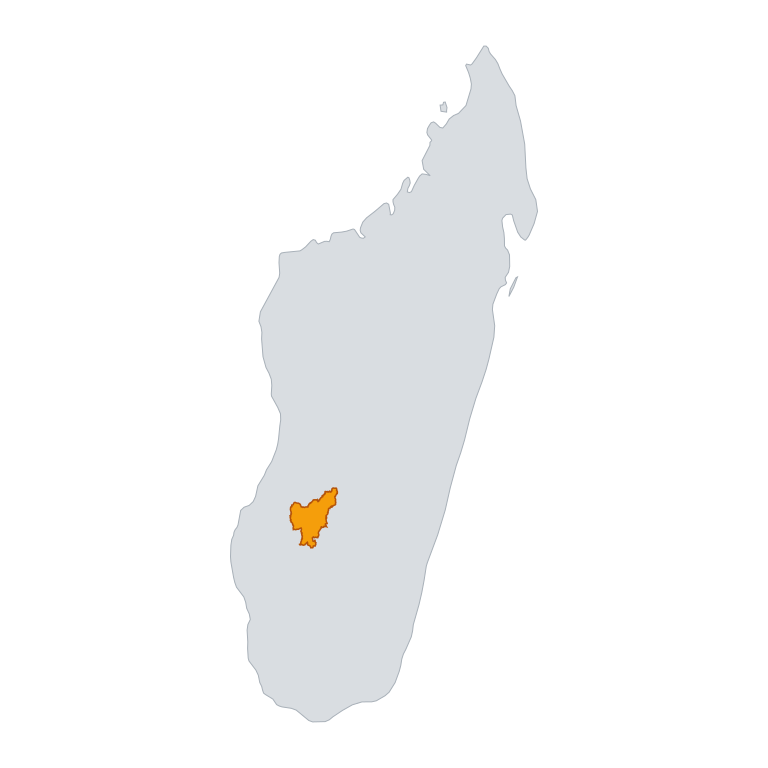 location of Beroroha, Atsimo-Andrefana, Madagascar
{"feature_id": "10022922B39697778193382", "entity_name": "Beroroha", "entity_type": "district", "adm_level": 2, "iso_a3": "MDG", "parent_name": "Madagascar", "parent_adm1": "Atsimo-Andrefana", "projection": "natural_earth1", "projection_center": [45.328, -21.505], "detail": "fine", "context": "in_parent", "style": "filled", "palette": "amber", "viewbox_px": 768, "rotation_deg": 0, "n_neighbors": 0, "source": "geoboundaries", "source_scale": "gbopen_adm2", "svg_char_len": 8958}
<svg xmlns="http://www.w3.org/2000/svg" viewBox="0 0 768 768"><path d="M497.9,63.7L499.9,68.9L502.1,73.9L509.2,86.1L512.3,90.7L514.9,95.7L516.1,105.6L520.5,121.0L524.7,144.1L525.9,167.8L527.1,178.7L530.4,188.9L535.8,199.6L537.5,211.4L534.1,223.6L529.2,235.0L527.9,237.2L525.6,240.1L524.6,240.0L520.8,237.0L517.7,232.2L513.7,220.8L512.3,215.0L510.6,214.1L506.0,214.6L502.6,218.2L501.9,220.5L502.6,226.9L503.9,232.7L504.4,238.6L504.5,246.0L505.7,248.2L507.6,250.1L509.5,254.9L509.7,266.5L508.5,272.3L505.2,277.3L505.4,280.1L506.6,282.9L505.4,284.6L501.0,286.8L499.2,288.7L496.8,293.8L492.9,304.2L492.4,309.5L494.7,325.7L493.9,337.2L488.9,359.1L486.1,369.5L482.0,381.9L475.9,398.3L469.7,418.9L464.5,440.1L460.7,452.8L456.3,465.4L450.3,487.6L445.2,510.1L437.7,534.8L427.4,562.5L426.3,566.1L424.1,580.2L421.8,592.5L419.0,604.6L413.3,624.7L412.6,630.8L411.3,636.8L405.8,649.4L403.4,654.0L401.8,659.0L400.8,665.3L399.2,671.4L395.1,682.6L389.1,692.2L385.1,695.7L376.3,700.8L371.8,701.8L362.0,701.9L352.4,704.8L342.5,710.4L332.9,716.8L329.3,719.8L325.2,721.6L312.6,721.9L308.8,720.5L296.2,710.1L291.3,708.3L282.0,706.9L279.2,706.0L276.6,704.6L272.9,699.1L265.4,694.5L263.6,693.1L262.5,689.9L261.7,686.4L259.8,682.6L258.3,675.2L255.9,670.1L249.0,661.0L248.2,658.1L247.6,648.5L247.8,642.0L247.1,630.1L247.9,624.5L250.3,619.5L249.3,614.0L246.7,608.3L245.7,602.3L243.8,596.9L236.5,587.2L234.8,582.4L233.6,577.4L230.9,562.0L230.5,556.6L230.9,545.2L231.8,539.3L233.6,535.3L234.0,532.2L235.2,529.6L236.9,527.5L238.0,525.0L240.7,510.4L244.1,507.2L249.2,505.4L253.2,501.6L255.6,496.4L257.9,485.8L264.3,475.3L266.5,469.8L271.7,461.5L276.3,449.7L277.7,444.2L278.6,438.5L279.8,426.1L280.7,419.9L280.5,413.8L277.8,407.5L271.5,396.1L271.3,394.0L271.8,385.5L271.3,379.3L269.0,373.2L266.0,367.5L263.0,356.7L261.6,338.9L261.9,332.4L261.0,326.7L258.9,321.3L260.4,311.8L279.1,277.3L279.7,273.2L279.0,262.7L279.3,256.6L280.0,254.3L281.4,253.0L284.7,252.4L299.9,250.9L301.8,249.8L305.6,246.9L310.8,241.3L313.2,239.6L315.3,240.2L316.6,242.6L318.3,244.0L324.5,241.4L326.8,241.3L329.2,241.7L330.3,239.4L331.0,236.3L331.9,234.1L333.6,232.8L341.5,232.1L346.5,231.2L353.1,229.0L354.5,229.5L359.7,237.3L361.3,238.0L363.4,238.3L365.2,236.9L360.9,232.8L360.2,230.4L360.5,227.8L362.8,222.1L366.6,217.8L375.1,211.2L384.0,203.6L386.6,203.0L388.7,204.3L390.4,213.2L390.2,214.7L391.6,214.9L393.2,213.8L394.7,210.2L394.8,207.2L393.6,204.3L393.0,201.8L393.0,199.6L397.5,194.3L401.0,189.2L402.7,183.2L404.1,180.4L407.8,177.2L408.9,177.7L409.8,180.3L410.2,183.0L409.3,185.7L407.9,188.3L407.3,191.9L409.4,192.6L411.4,191.7L414.3,185.3L417.7,179.2L419.6,176.1L422.1,173.9L426.2,174.4L430.2,175.7L423.7,169.3L422.1,160.6L429.9,145.4L430.0,142.3L431.1,141.3L431.7,140.1L427.7,135.0L426.9,132.5L427.5,128.6L429.4,125.2L431.1,122.8L433.6,121.9L435.6,123.2L439.9,127.4L442.8,128.0L446.3,124.0L449.2,119.0L453.6,115.5L458.5,113.4L466.0,105.5L471.0,88.9L471.4,84.0L470.3,78.2L468.6,72.6L465.7,65.6L466.5,64.1L470.6,65.0L472.0,64.0L476.4,57.9L483.8,46.1L486.2,46.1L488.3,48.3L489.1,51.5L490.5,53.9L495.4,59.5L497.9,63.7ZM446.6,110.3L446.6,112.1L441.0,111.3L440.1,105.1L442.9,104.9L443.5,102.3L445.2,102.0L447.0,107.6L446.6,110.3ZM513.7,287.3L508.9,296.5L510.3,288.8L515.9,277.8L517.5,276.9L513.7,287.3Z" fill="#d9dde1" stroke="#a8b0b8" stroke-width="1"/><path d="M337.3,493.5L337.3,493.4L337.2,493.1L337.0,492.9L337.0,492.7L337.4,492.4L337.4,492.0L337.3,491.4L337.1,491.2L337.0,490.7L336.8,490.5L336.6,490.5L336.6,490.3L336.8,489.9L336.7,489.4L336.7,489.1L336.6,488.7L336.3,488.5L336.3,488.2L335.9,488.1L335.7,488.3L334.6,488.2L334.3,488.2L333.9,488.2L333.6,488.0L332.8,488.1L332.0,488.8L332.0,489.4L331.8,489.8L331.7,490.1L331.9,490.6L331.9,490.8L331.2,491.8L330.6,492.1L330.3,492.1L330.1,492.0L330.0,491.7L330.0,491.3L329.8,491.1L329.1,491.4L328.9,491.7L328.5,491.8L328.3,492.0L328.1,491.9L327.9,492.1L327.7,492.0L327.6,491.9L327.2,491.5L326.4,491.9L325.7,491.5L325.2,491.5L325.0,491.8L324.9,492.1L325.1,492.4L325.2,492.8L325.2,493.0L325.2,493.6L324.8,493.7L324.7,493.7L324.5,494.5L324.3,494.6L324.0,494.8L323.9,494.7L323.8,495.0L323.6,495.1L323.4,495.0L323.1,495.1L322.8,495.5L322.5,495.6L322.5,495.8L322.3,495.9L322.6,496.3L322.8,496.4L322.7,496.7L322.1,496.7L322.0,496.9L321.6,497.1L321.5,497.4L321.5,497.5L321.3,497.5L320.8,497.9L320.6,498.1L320.3,498.5L320.1,498.8L320.0,499.0L319.8,499.2L319.8,499.4L319.6,499.4L319.4,499.6L319.6,499.9L319.6,500.0L319.1,500.3L318.8,500.2L318.6,500.4L318.6,500.6L318.8,500.9L318.6,501.4L318.4,501.5L317.9,501.5L317.9,501.0L318.1,500.9L317.8,500.4L317.3,500.5L317.1,500.2L317.2,499.8L317.2,499.6L316.5,500.0L316.0,499.8L315.5,499.9L315.0,499.7L314.6,499.8L314.3,500.0L314.0,499.9L313.4,499.9L313.3,500.3L313.0,500.4L312.6,501.1L311.6,502.1L311.4,502.6L310.6,502.6L310.3,503.3L309.8,503.2L309.6,503.7L308.9,504.1L308.8,504.5L308.8,504.8L308.2,505.5L308.0,506.0L308.0,506.9L307.9,507.0L307.7,507.0L307.1,506.9L306.9,507.0L306.2,506.9L305.8,507.0L305.5,507.0L305.1,507.1L304.7,507.5L303.2,507.0L303.0,507.3L302.8,507.4L302.0,506.9L301.3,507.0L301.2,506.9L301.1,506.4L300.8,506.0L300.6,505.2L300.3,504.8L300.3,504.4L300.1,504.2L298.6,503.2L296.9,503.1L296.0,502.8L295.3,502.4L294.3,502.5L293.6,503.5L293.2,504.6L292.8,504.9L291.7,505.1L291.7,505.4L291.8,505.8L291.9,506.4L291.8,506.6L291.5,506.5L291.3,506.9L291.0,506.8L290.8,507.1L290.6,507.5L290.5,508.4L290.5,509.0L290.4,509.2L290.7,510.9L290.9,511.4L291.1,511.6L291.1,512.3L291.2,512.5L291.1,512.8L291.3,513.1L291.0,513.3L291.1,513.6L291.0,514.0L291.0,514.4L291.1,514.6L290.8,514.8L290.8,515.0L290.7,515.4L290.6,515.8L290.3,515.8L290.5,516.1L290.2,516.4L290.3,516.6L290.6,516.6L290.5,517.3L290.2,517.6L290.4,518.0L290.4,518.8L290.5,519.2L291.0,519.8L290.9,519.9L290.6,520.0L290.4,520.4L290.8,521.1L291.2,521.3L291.0,521.7L291.0,521.9L291.1,522.1L291.3,522.1L291.8,522.5L292.3,523.1L292.5,523.7L292.6,524.3L292.7,524.2L292.8,524.6L293.1,525.0L293.4,525.4L293.5,526.2L293.1,528.0L293.2,528.4L293.2,529.0L293.4,529.2L293.4,529.6L294.4,529.2L294.8,529.5L295.7,529.7L296.1,529.6L296.5,529.3L296.9,529.4L297.4,529.2L298.3,529.3L298.8,529.1L299.1,528.8L300.4,528.2L301.1,528.0L301.2,528.4L301.5,528.9L301.5,529.4L301.3,529.7L301.3,530.1L301.1,530.7L300.9,531.2L301.0,531.7L301.3,531.9L301.4,532.4L301.7,532.6L301.5,532.8L301.5,533.5L301.7,533.8L302.0,533.9L301.8,534.4L301.8,534.9L302.0,535.5L302.3,535.7L302.1,536.2L302.4,536.8L302.3,537.2L302.0,537.8L302.4,538.6L302.4,538.8L302.2,539.1L301.7,539.1L301.6,539.4L301.5,539.7L301.5,540.6L301.4,541.2L300.8,542.1L300.8,542.4L300.9,542.8L300.8,543.3L300.6,543.8L300.1,544.1L299.6,544.3L300.1,545.0L300.6,544.8L301.2,544.6L301.6,544.4L302.3,544.7L302.3,544.9L303.6,545.2L303.8,545.1L304.8,544.8L305.0,544.7L305.2,544.1L305.5,544.0L305.8,543.7L306.9,542.5L307.4,542.2L307.7,543.2L307.6,543.8L307.6,544.1L307.5,544.5L307.9,545.0L308.5,545.3L309.4,545.5L309.7,545.7L310.2,546.1L310.3,546.6L310.6,547.0L310.7,547.6L310.8,547.8L311.1,547.7L311.9,547.8L312.8,547.7L313.1,547.0L313.2,546.3L313.3,546.0L314.0,545.9L315.1,546.0L315.1,545.7L315.7,544.8L315.6,544.6L315.8,544.1L315.7,542.9L315.8,542.8L315.6,542.7L315.4,542.1L315.2,541.9L315.0,540.3L314.8,540.3L314.5,540.8L314.3,541.3L314.2,541.4L313.8,541.2L313.4,541.3L312.9,541.1L312.7,539.7L312.4,538.5L312.3,538.0L312.4,537.7L313.4,536.9L313.7,537.1L313.7,537.4L314.1,537.7L314.4,537.7L314.8,537.4L315.2,537.4L315.7,537.1L316.0,537.2L316.2,537.5L316.8,537.5L317.2,537.6L317.5,537.7L317.8,537.6L317.7,537.3L317.7,537.1L317.7,536.8L317.9,536.6L318.2,536.5L318.5,535.8L318.7,535.7L318.8,534.2L318.3,533.2L318.5,532.3L318.6,531.9L319.2,530.9L319.7,530.3L320.3,529.2L321.0,528.4L321.2,527.8L321.1,527.4L321.0,527.2L321.3,526.9L321.5,526.8L322.0,527.3L322.0,527.5L322.3,527.4L322.7,527.3L323.3,527.3L323.7,526.9L323.7,526.5L324.2,526.2L324.8,526.7L325.2,526.5L326.1,526.5L326.6,526.7L326.1,525.8L326.1,525.5L325.9,525.2L325.6,525.0L325.6,524.6L325.3,524.1L325.4,523.9L325.5,523.8L326.0,523.6L326.3,523.6L326.6,523.4L326.8,523.4L327.0,523.6L327.2,523.4L327.1,523.2L326.9,523.1L326.8,522.5L326.3,521.5L326.1,519.5L325.9,519.0L325.9,517.9L326.1,517.9L326.5,518.3L326.6,518.1L326.4,517.9L326.6,517.5L326.5,517.1L326.5,516.8L326.2,516.5L326.2,516.3L326.0,516.2L326.1,515.6L326.4,515.2L326.7,515.1L327.0,514.7L327.6,514.2L327.7,513.7L327.9,513.3L328.0,512.9L327.7,512.5L328.1,512.2L328.0,511.3L328.5,510.6L328.4,510.1L328.4,509.5L328.5,509.0L328.6,508.5L328.8,508.4L329.1,508.5L329.3,508.5L329.9,508.5L330.1,507.4L330.9,506.6L331.3,506.8L331.4,507.2L331.8,507.1L331.7,506.9L331.4,506.3L331.5,506.1L332.0,506.2L332.3,506.2L332.5,506.3L332.8,505.8L333.1,505.9L333.4,505.8L333.7,505.4L335.1,504.9L335.5,504.5L335.6,504.1L335.4,503.6L335.6,503.2L335.6,502.8L335.8,502.4L335.5,501.9L335.6,501.6L335.6,501.3L335.3,500.8L335.6,500.3L335.6,499.2L335.3,498.6L335.0,498.1L334.9,497.7L335.0,497.2L334.8,496.5L335.0,496.3L335.5,496.2L335.7,495.3L336.4,494.5L336.6,493.7L336.8,493.7L337.1,493.5L337.3,493.5Z" fill="#f59e0b" stroke="#b45309" stroke-width="1.5"/></svg>